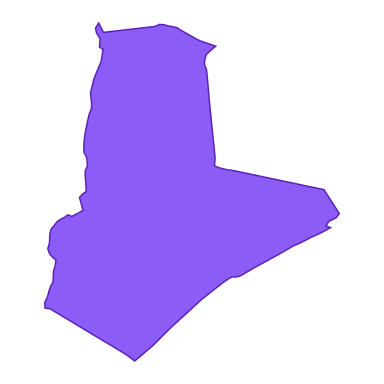 the district of Pacatuba, Sergipe, Brazil
{"feature_id": "56859067B28654461214030", "entity_name": "Pacatuba", "entity_type": "district", "adm_level": 2, "iso_a3": "BRA", "parent_name": "Brazil", "parent_adm1": "Sergipe", "projection": "equal_earth", "projection_center": [-36.665, -10.515], "detail": "fine", "context": "isolated", "style": "filled", "palette": "violet", "viewbox_px": 384, "rotation_deg": 0, "n_neighbors": 0, "source": "geoboundaries", "source_scale": "gbopen_adm2", "svg_char_len": 1380}
<svg xmlns="http://www.w3.org/2000/svg" viewBox="0 0 384 384"><path d="M231.6,170.2L228.2,170.0L218.5,167.6L214.5,165.7L215.1,157.8L209.2,99.7L208.6,92.1L207.0,74.2L206.5,69.4L204.4,64.6L204.8,59.5L206.4,54.4L210.4,50.6L215.7,46.2L200.0,40.8L195.6,38.6L180.2,29.9L177.5,27.8L173.6,26.9L168.5,26.0L163.8,24.7L159.4,24.4L155.2,26.4L103.5,32.4L98.7,23.0L95.5,28.1L96.5,32.9L100.1,38.9L99.4,47.1L102.9,49.3L102.4,53.8L101.1,61.6L95.8,74.2L93.8,79.5L90.5,92.8L91.6,103.4L91.5,108.5L89.2,114.1L87.6,121.1L85.9,129.2L84.9,135.1L84.3,139.6L83.9,144.9L83.9,152.2L86.1,156.2L87.1,160.4L87.4,165.8L85.3,170.9L85.1,175.2L85.6,180.1L85.9,185.4L86.3,191.5L83.0,193.6L79.5,197.5L81.3,204.1L83.1,210.4L77.5,213.4L71.9,216.4L67.8,214.8L64.6,217.3L60.5,219.3L57.2,221.6L54.5,225.1L51.2,229.0L49.8,233.8L49.7,238.9L49.4,243.4L47.8,248.5L49.6,254.0L52.6,257.2L56.0,260.0L55.2,265.7L53.7,270.5L53.3,276.2L53.0,282.0L50.6,286.4L49.2,290.3L47.5,296.9L44.7,302.7L45.1,308.2L49.8,308.7L97.4,337.3L104.5,341.5L120.9,351.4L126.9,355.1L134.7,361.0L153.1,345.4L161.8,336.6L171.9,326.6L188.1,311.9L200.7,300.2L214.7,289.1L222.2,283.2L228.5,278.8L232.3,276.8L235.9,277.0L240.4,275.9L252.9,268.5L271.7,258.2L282.0,252.6L293.6,245.7L299.7,243.2L310.8,237.5L322.3,232.2L330.5,227.6L326.0,226.0L328.8,221.4L336.1,217.7L339.3,213.6L324.0,189.7L231.6,170.2Z" fill="#8b5cf6" stroke="#5b21b6" stroke-width="1.5"/></svg>